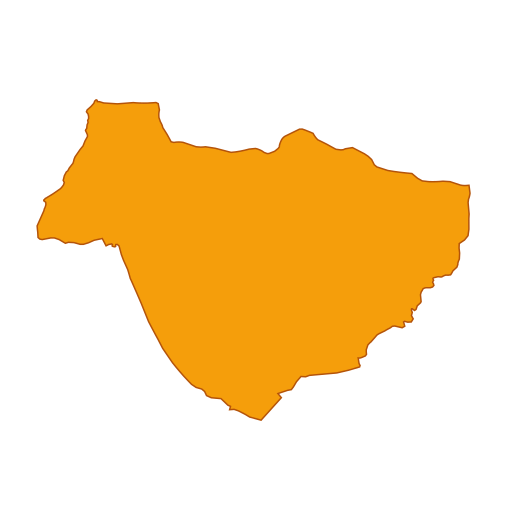 the district of Lupac, Caras-Severin, Romania, rotated 87°
{"feature_id": "2599482B56310915101531", "entity_name": "Lupac", "entity_type": "district", "adm_level": 2, "iso_a3": "ROU", "parent_name": "Romania", "parent_adm1": "Caras-Severin", "projection": "orthographic", "projection_center": [21.804, 45.262], "detail": "fine", "context": "isolated", "style": "filled", "palette": "amber", "viewbox_px": 512, "rotation_deg": 87, "n_neighbors": 0, "source": "geoboundaries", "source_scale": "gbopen_adm2", "svg_char_len": 4268}
<svg xmlns="http://www.w3.org/2000/svg" viewBox="0 0 512 512"><g transform="rotate(87 256 256)"><path d="M214.5,473.0L217.8,472.9L221.0,472.7L226.1,472.7L227.8,471.0L228.1,469.8L228.4,468.7L227.2,460.0L227.4,456.4L229.3,451.7L231.3,448.7L233.3,445.7L232.5,442.6L233.1,437.1L235.1,431.1L235.3,427.8L234.0,422.5L231.8,416.8L230.5,408.6L238.0,405.2L236.7,402.3L236.7,401.2L236.3,399.9L236.9,398.8L237.4,399.1L238.7,399.0L239.1,398.0L239.5,396.4L238.9,395.6L238.1,395.7L237.2,395.4L237.2,393.9L238.0,393.1L238.9,392.2L247.4,390.4L253.1,388.6L262.9,384.8L267.4,383.7L271.9,382.7L274.3,381.7L285.9,377.3L297.5,373.0L315.9,366.7L320.5,364.6L329.5,360.4L334.1,358.2L343.4,354.0L358.3,344.9L363.0,341.5L367.6,338.0L372.2,334.4L376.6,330.7L380.8,327.1L384.1,322.7L386.0,317.2L388.6,314.4L392.8,312.7L395.2,308.1L396.6,298.4L403.5,291.9L404.8,289.3L408.1,290.4L408.0,285.9L409.7,281.7L413.4,275.3L416.5,270.7L420.2,259.5L398.8,238.1L394.5,241.3L391.8,231.5L391.3,227.7L388.7,225.5L383.7,222.2L378.7,217.4L379.2,212.7L378.0,208.9L377.0,181.4L374.9,169.6L372.2,158.3L371.5,158.1L370.8,157.8L368.8,158.7L366.3,159.0L363.7,159.2L363.2,159.3L363.3,158.1L363.3,157.4L362.9,155.8L361.5,152.0L360.0,150.8L357.6,150.9L355.4,150.8L350.6,148.9L348.7,146.9L348.5,146.7L347.9,145.8L343.6,141.6L341.2,139.3L340.2,137.6L338.5,133.6L337.6,131.4L336.6,129.6L335.8,127.9L334.7,125.5L333.3,123.5L333.2,121.0L335.3,113.8L333.9,111.1L329.6,112.1L329.0,111.1L330.0,108.0L330.0,104.4L327.0,102.3L323.7,103.9L320.5,102.9L318.7,103.5L318.0,103.6L317.6,103.6L317.3,103.5L316.9,103.4L316.9,102.6L317.3,102.2L317.8,101.6L318.7,100.5L317.8,99.1L317.6,98.9L314.2,97.6L311.3,94.1L310.2,93.5L303.3,93.8L300.8,93.0L298.7,91.6L297.5,90.9L296.8,89.4L296.6,88.0L296.8,83.5L296.2,81.3L294.7,79.9L292.8,80.3L291.7,81.0L290.7,80.7L289.5,79.9L288.1,80.5L287.5,80.4L287.1,79.9L286.9,79.1L286.2,75.3L286.6,72.7L286.6,71.6L285.6,69.6L285.0,67.6L285.2,65.1L285.0,62.7L283.9,61.8L281.1,60.1L277.7,56.0L275.1,54.9L273.7,54.8L272.0,54.2L269.7,53.1L263.7,52.5L258.7,52.8L254.2,52.4L250.9,46.9L246.8,43.2L240.4,42.0L229.9,41.5L225.2,41.0L213.7,41.4L210.4,40.8L209.0,40.2L207.5,39.7L206.0,39.3L204.5,39.0L196.5,39.6L196.6,41.7L196.6,43.7L196.4,45.7L196.0,47.7L195.9,48.1L191.9,58.4L191.1,65.4L191.2,68.7L191.2,72.0L191.1,75.3L190.9,78.6L190.7,80.2L189.7,86.1L186.9,90.5L181.8,96.0L180.9,102.0L179.9,108.0L178.8,113.9L177.5,119.9L173.4,130.6L171.1,133.1L165.7,135.5L162.3,138.8L159.6,142.4L152.8,154.0L153.6,161.2L154.4,163.3L154.5,165.7L153.6,170.6L150.9,175.0L148.2,179.3L145.7,183.7L143.2,188.2L141.7,189.5L140.0,190.7L138.3,191.7L136.5,192.6L135.2,195.2L134.0,197.8L132.8,200.4L131.7,203.1L131.6,205.9L137.8,220.5L138.4,221.6L139.2,222.6L140.1,223.5L141.0,224.2L142.4,225.0L143.8,225.7L145.2,226.3L146.7,226.8L148.3,227.0L149.8,228.3L152.4,231.9L154.3,237.6L154.3,239.5L153.0,242.5L152.3,243.4L151.5,244.4L150.9,245.4L150.3,246.5L149.8,247.6L149.3,248.7L148.9,249.8L148.6,251.0L148.9,257.2L149.8,261.8L150.5,266.3L151.0,270.9L151.2,275.5L146.3,291.0L144.3,300.7L144.4,303.0L144.4,305.4L144.1,307.7L143.8,310.0L138.7,322.9L138.3,325.2L138.1,327.5L138.1,329.8L138.3,332.1L137.5,334.8L133.7,336.6L130.0,338.4L126.4,340.4L122.8,342.4L121.2,342.7L119.7,343.2L118.3,343.8L116.8,344.5L112.6,345.7L110.7,345.7L108.8,345.6L106.9,345.3L105.1,344.8L98.7,345.7L97.5,347.9L97.6,350.7L97.6,353.5L97.6,356.4L97.5,359.2L97.3,362.0L97.1,364.8L96.8,367.7L96.4,370.5L96.8,386.5L95.2,400.1L93.7,404.3L93.5,406.4L93.4,406.4L92.6,406.4L91.8,406.9L91.8,407.7L92.2,408.2L92.6,408.7L92.9,409.0L94.3,409.6L95.1,410.0L98.1,413.0L100.2,415.6L101.2,416.9L103.1,417.8L104.2,417.1L105.4,416.3L107.6,415.9L108.8,415.9L110.1,416.0L111.7,417.0L113.8,416.7L115.1,417.3L115.6,417.5L116.1,417.8L119.8,418.4L120.8,419.3L121.8,419.7L124.0,418.8L126.2,418.0L128.0,418.1L132.1,420.7L137.1,423.0L138.8,424.6L140.6,426.2L147.5,431.5L149.8,432.6L152.5,433.4L154.1,434.1L154.9,434.9L158.4,437.9L161.1,439.5L162.1,441.0L165.8,443.2L169.1,444.2L170.3,444.6L172.6,443.6L175.1,444.6L177.0,446.2L178.5,447.7L183.5,455.8L186.6,461.6L186.9,461.9L187.4,463.3L188.7,464.5L189.0,465.0L189.8,465.0L190.4,464.2L190.9,463.7L191.3,463.2L193.3,463.1L194.6,463.4L195.6,463.8L196.7,464.2L197.6,464.8L199.8,465.5L214.5,473.0Z" fill="#f59e0b" stroke="#b45309" stroke-width="1.5"/></g></svg>